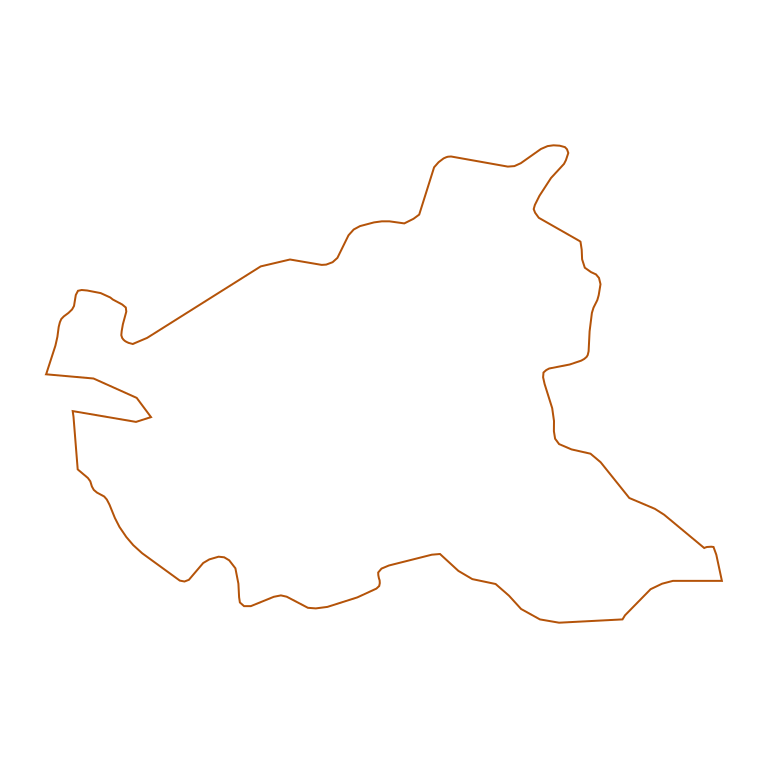 outline of Hamburg
{"feature_id": "DEU-1578", "entity_name": "Hamburg", "entity_type": "State", "adm_level": 1, "iso_a3": "DEU", "parent_name": "Germany", "parent_adm1": "", "projection": "natural_earth1", "projection_center": [10.019, 53.566], "detail": "fine", "context": "isolated", "style": "outline", "palette": "amber", "viewbox_px": 768, "rotation_deg": 0, "n_neighbors": 0, "source": "natural_earth", "source_scale": "10m", "svg_char_len": 2238}
<svg xmlns="http://www.w3.org/2000/svg" viewBox="0 0 768 768"><path d="M72.7,411.1L136.0,421.9L151.0,417.1L136.7,397.9L93.5,378.5L46.1,374.3L46.2,374.1L55.4,345.7L57.4,336.8L58.7,326.9L59.9,322.2L61.3,319.0L63.8,316.4L68.5,312.9L72.1,309.4L74.0,306.0L75.8,295.0L78.0,290.8L81.7,290.0L87.2,290.5L100.7,293.1L110.3,297.5L112.8,299.5L122.2,304.5L125.8,307.5L126.3,311.6L122.9,324.2L121.7,331.0L121.3,335.2L122.2,338.0L123.4,339.6L124.7,340.8L126.3,341.8L128.6,342.9L132.7,344.0L147.1,337.9L260.7,266.4L290.0,259.5L321.7,264.9L326.2,264.6L332.6,262.2L337.4,257.9L348.5,235.3L353.7,229.5L360.0,226.1L374.0,222.4L382.1,221.3L389.2,221.3L404.3,223.4L413.5,218.8L419.2,214.6L434.1,167.3L438.6,162.2L443.6,158.4L446.3,157.2L448.0,156.7L451.1,156.5L507.8,166.6L514.4,166.1L520.8,163.2L540.9,149.0L547.6,146.1L553.5,145.3L559.7,145.7L564.9,147.1L567.0,149.3L568.3,153.0L565.9,160.2L564.0,163.9L551.0,178.0L539.5,195.7L534.9,204.9L533.7,209.1L535.1,212.7L538.8,217.8L579.7,241.1L580.5,241.8L581.7,249.7L582.1,259.3L584.8,267.7L591.0,272.1L596.0,274.4L599.0,278.0L600.5,284.2L598.7,295.2L597.3,300.1L593.5,307.7L591.9,312.9L589.6,331.3L588.6,351.3L587.7,355.1L586.6,356.9L584.3,358.9L581.3,360.6L569.7,364.5L549.2,368.5L546.2,370.1L543.5,372.5L543.1,377.3L544.6,384.0L552.2,408.2L554.0,421.0L553.9,431.2L555.1,438.7L559.1,444.1L571.5,449.4L590.5,453.7L600.6,462.2L629.3,498.0L654.8,508.8L664.1,514.7L704.2,548.0L705.1,547.6L706.9,547.0L711.3,546.7L713.5,547.0L716.3,554.7L721.9,580.9L672.8,580.9L662.1,583.7L650.6,589.2L625.0,615.3L622.5,619.4L559.1,622.7L539.9,619.4L521.1,609.0L509.0,595.7L495.6,584.0L472.3,579.1L458.4,570.9L440.0,554.0L431.8,554.7L388.9,565.5L381.5,568.6L378.2,572.5L378.3,575.1L378.9,578.2L379.6,580.3L379.8,583.1L379.2,586.0L376.4,588.6L357.3,597.4L327.4,606.9L315.8,608.4L307.9,607.8L286.7,596.7L280.9,595.4L273.8,596.8L250.9,606.1L244.0,606.1L239.9,602.5L239.1,597.3L238.4,583.7L235.4,568.3L229.2,560.3L224.2,557.3L218.6,556.7L209.3,559.4L203.2,563.0L188.9,579.8L184.5,581.5L179.8,580.6L142.1,553.2L133.2,545.1L126.3,537.0L119.5,527.0L114.9,518.0L109.5,504.7L106.8,499.5L104.2,496.5L97.0,492.6L93.8,489.9L91.9,486.5L90.3,481.3L87.9,478.0L77.7,469.4L73.5,416.8L72.7,411.1Z" fill="none" stroke="#b45309" stroke-width="2"/></svg>